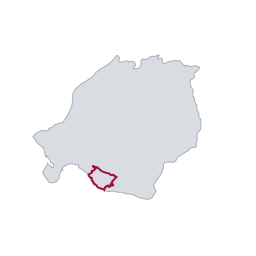 Vaslui on a map of Romania (orthographic projection), rotated 133°
{"feature_id": "ROU-316", "entity_name": "Vaslui", "entity_type": "County", "adm_level": 1, "iso_a3": "ROU", "parent_name": "Romania", "parent_adm1": "", "projection": "orthographic", "projection_center": [27.841, 46.485], "detail": "fine", "context": "in_parent", "style": "outline", "palette": "rose", "viewbox_px": 256, "rotation_deg": 133, "n_neighbors": 0, "source": "natural_earth", "source_scale": "10m", "svg_char_len": 5324}
<svg xmlns="http://www.w3.org/2000/svg" viewBox="0 0 256 256"><g transform="rotate(133 128 128)"><path d="M191.5,143.1L193.6,146.1L196.3,147.6L202.5,149.2L203.0,149.0L203.1,148.7L202.6,148.3L202.6,147.7L202.9,147.0L203.7,147.0L205.1,147.6L207.8,146.7L211.7,144.3L215.2,143.7L218.5,145.0L220.3,146.6L221.4,148.1L221.1,150.0L220.9,151.2L220.1,156.1L219.6,158.0L218.7,160.0L208.4,162.7L209.1,161.5L208.8,159.4L208.4,157.9L209.3,156.5L207.0,156.0L206.0,156.8L205.2,158.1L205.9,161.2L204.8,162.9L204.4,163.9L204.4,166.1L203.7,167.1L203.6,168.2L205.3,167.9L204.6,169.9L201.5,173.7L200.4,175.9L200.8,184.8L199.4,190.1L199.3,191.6L196.0,191.7L195.0,191.6L191.9,190.8L188.3,189.4L186.3,186.7L184.9,184.7L182.0,185.6L181.4,185.4L180.6,184.4L178.3,183.8L175.5,183.8L169.3,180.2L168.7,179.6L163.8,180.1L156.4,181.8L150.8,183.8L144.9,187.6L142.5,190.5L139.8,192.0L135.8,193.0L128.9,192.4L121.7,190.6L114.1,188.7L109.8,189.4L104.2,188.5L95.8,186.1L89.5,185.2L83.2,185.9L82.2,185.0L82.0,184.0L82.3,182.7L83.3,181.6L84.8,180.8L85.7,180.0L85.8,179.2L84.2,177.7L80.9,175.5L79.5,174.2L79.2,173.9L79.2,172.8L78.5,171.9L77.2,171.2L76.2,170.0L75.6,168.3L75.9,166.8L77.0,165.4L78.4,164.9L80.0,165.2L80.7,164.8L80.5,163.8L79.0,162.4L76.2,160.7L73.2,161.3L69.9,164.4L67.7,164.7L66.5,162.4L64.3,160.9L60.9,160.3L58.9,159.3L58.2,157.9L56.8,156.8L53.6,155.5L53.6,154.5L54.2,154.3L55.3,154.3L56.9,154.3L57.2,153.7L57.2,153.2L56.1,152.4L54.9,151.9L54.3,151.4L53.9,150.9L53.8,150.3L54.2,150.0L54.7,150.0L55.2,149.8L55.6,148.6L56.4,147.7L56.9,147.4L56.9,146.6L56.5,145.9L55.8,145.3L54.9,144.8L51.9,143.6L50.4,142.0L49.5,141.9L48.0,140.9L46.5,139.5L45.2,137.7L43.8,136.4L43.5,135.9L43.5,135.4L43.8,135.0L43.8,134.4L43.6,132.7L44.0,130.9L44.1,129.1L44.1,128.4L43.9,128.1L43.6,128.3L43.2,128.6L42.8,128.7L41.8,127.3L40.6,124.6L39.8,123.7L38.0,122.3L36.5,121.2L35.6,119.0L34.6,117.2L35.4,116.6L40.0,116.1L42.0,117.2L42.9,116.9L43.9,116.3L44.4,115.7L44.6,115.0L45.1,114.3L46.6,114.0L50.6,114.9L52.3,113.9L52.9,113.3L53.4,112.0L53.9,110.9L55.3,110.4L55.4,109.4L55.3,108.3L56.3,105.9L56.9,105.0L57.7,104.7L58.7,104.0L60.5,102.5L60.3,101.1L60.7,100.1L62.6,97.7L64.1,95.4L64.2,94.2L64.5,93.1L65.7,92.1L67.1,90.6L69.1,86.1L69.7,85.3L70.8,84.5L71.7,83.6L72.0,80.6L72.8,79.7L74.3,78.8L75.8,77.3L77.1,75.5L78.0,74.6L79.2,74.5L80.5,73.8L81.9,73.6L83.3,74.1L84.1,74.0L85.5,73.1L89.1,69.8L89.6,69.2L90.3,68.7L93.1,67.7L93.8,66.5L94.8,65.5L96.0,65.6L99.7,68.5L103.9,68.6L104.7,68.7L104.9,68.8L105.4,69.1L110.9,70.7L111.8,70.6L112.1,70.5L114.2,71.7L116.2,71.6L118.1,70.9L120.1,70.8L121.9,71.3L123.2,72.9L126.6,76.3L127.7,77.6L129.3,77.5L131.1,76.9L133.0,74.8L138.7,72.5L143.0,72.0L147.3,71.1L152.1,70.5L153.5,68.5L154.3,67.1L154.9,64.5L157.5,63.8L160.0,63.4L160.9,63.1L162.7,63.0L164.1,63.2L166.2,64.5L167.7,66.1L168.3,67.4L169.6,69.2L170.9,71.7L172.4,75.1L172.7,76.8L173.3,78.6L174.4,80.8L176.5,83.3L176.8,83.8L177.8,85.5L179.7,89.4L181.3,90.9L182.6,92.6L183.3,94.3L184.3,95.8L186.6,97.8L188.5,99.7L190.1,105.0L191.1,107.4L191.8,109.3L191.5,113.0L192.0,114.7L191.1,117.6L189.5,123.6L189.2,128.3L189.4,130.8L189.5,132.5L189.9,133.5L190.3,135.7L190.4,137.5L189.8,138.1L189.0,138.5L188.7,138.9L189.4,139.8L190.5,141.3L191.5,143.1Z" fill="#d9dde1" stroke="#a8b0b8" stroke-width="1"/><path d="M189.5,103.5L189.5,103.8L189.8,104.6L190.6,105.9L190.6,106.5L191.7,108.6L191.9,109.4L191.9,109.5L192.0,109.8L192.0,110.2L191.9,110.5L191.7,110.9L191.6,111.3L191.7,111.8L191.5,112.1L191.5,113.2L191.5,113.4L191.7,113.9L191.8,114.0L191.9,113.9L192.0,114.0L192.0,115.1L192.0,115.3L191.9,115.5L191.6,115.7L191.7,116.1L191.5,116.3L191.3,116.4L191.2,117.3L190.9,117.5L190.9,118.3L191.0,118.6L190.9,118.7L190.7,119.3L190.4,119.6L190.2,119.7L189.8,119.8L189.8,120.0L189.8,120.5L189.6,120.7L189.3,120.8L189.4,121.1L189.7,121.7L189.8,121.8L190.0,122.0L190.0,122.3L189.8,122.9L189.7,123.7L189.4,124.6L189.3,124.8L189.2,124.8L188.6,125.0L188.3,125.0L187.8,124.8L187.1,124.4L185.6,124.0L185.3,124.0L185.0,124.1L184.8,124.3L184.6,124.5L184.4,124.9L184.3,125.1L184.1,125.2L183.9,125.2L183.8,124.8L183.8,124.6L183.6,124.4L183.3,124.3L179.9,123.9L179.6,124.0L179.6,124.4L180.0,125.2L180.1,125.5L180.2,126.0L180.1,126.8L180.0,127.2L180.0,127.4L179.9,127.5L179.7,127.6L179.3,127.1L179.1,126.4L178.9,125.6L178.7,125.1L178.0,124.2L177.7,122.9L177.6,119.3L177.4,118.0L176.9,116.2L176.2,114.4L174.2,110.8L174.1,110.2L174.2,109.6L174.2,108.9L174.0,108.3L173.6,107.9L172.7,107.2L172.4,106.9L172.3,106.7L172.1,106.3L172.3,105.9L172.3,105.6L172.2,105.1L171.8,103.9L171.7,103.0L173.9,103.2L175.4,102.9L175.7,102.9L176.1,103.0L176.5,103.2L176.9,103.3L177.3,103.3L178.0,103.0L178.2,102.8L178.4,102.6L178.4,102.4L178.6,102.2L178.8,102.2L179.2,102.4L179.9,102.5L180.3,102.5L180.5,102.3L180.6,102.1L180.7,101.8L180.6,101.7L180.1,101.7L179.9,101.7L179.7,101.5L179.8,101.1L179.9,100.8L179.8,100.6L179.7,100.4L179.7,100.2L179.9,99.8L180.1,99.8L180.3,99.9L181.5,100.8L182.0,101.4L182.8,102.4L183.0,102.5L183.2,102.4L183.2,102.1L183.2,101.8L183.3,101.6L183.5,101.4L183.8,101.4L183.9,101.6L184.0,101.9L184.0,102.2L183.8,102.8L183.7,103.0L183.7,103.4L183.9,103.6L184.1,103.6L184.5,103.6L185.3,104.0L186.0,104.3L186.3,104.3L186.5,104.1L186.5,103.9L186.8,103.8L187.1,103.9L187.3,104.1L187.5,104.2L187.8,104.2L188.1,104.0L188.4,103.8L189.4,103.6L189.5,103.5L189.5,103.5Z" fill="none" stroke="#9f1239" stroke-width="2"/></g></svg>